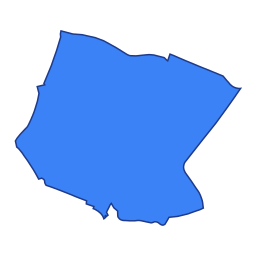 the district of Al Darb al-Ahmar, Al Qahirah, Egypt
{"feature_id": "37247803B66957331642315", "entity_name": "Al Darb al-Ahmar", "entity_type": "district", "adm_level": 2, "iso_a3": "EGY", "parent_name": "Egypt", "parent_adm1": "Al Qahirah", "projection": "natural_earth1", "projection_center": [31.261, 30.041], "detail": "fine", "context": "isolated", "style": "filled", "palette": "blue", "viewbox_px": 256, "rotation_deg": 0, "n_neighbors": 0, "source": "geoboundaries", "source_scale": "gbopen_adm2", "svg_char_len": 2756}
<svg xmlns="http://www.w3.org/2000/svg" viewBox="0 0 256 256"><path d="M15.4,141.0L16.2,144.5L16.7,147.0L17.8,147.9L18.0,148.1L18.6,148.6L22.0,152.7L24.3,156.1L27.6,160.7L30.1,164.6L33.2,169.4L35.4,173.1L38.7,179.1L41.0,178.4L41.7,178.1L42.8,178.8L43.7,179.3L44.5,180.5L44.6,181.2L44.7,182.1L44.8,182.7L45.2,183.8L45.7,184.6L46.1,185.3L48.9,186.2L52.6,187.5L61.8,191.0L68.4,193.6L71.4,194.8L75.4,196.5L80.0,198.3L86.6,200.8L86.4,202.4L86.3,203.9L90.3,205.3L93.9,206.5L93.5,207.7L93.2,208.6L95.0,209.3L98.1,211.2L100.8,213.5L102.3,215.4L103.0,216.6L103.9,218.8L105.5,217.5L105.0,216.3L105.0,216.2L105.7,215.6L105.9,216.0L106.2,216.6L108.0,215.2L106.5,212.2L109.2,206.8L110.2,204.7L111.3,203.4L113.8,207.7L114.5,208.4L115.3,209.0L117.6,211.0L117.7,214.3L117.8,216.0L118.0,217.0L119.4,218.8L120.1,219.3L120.9,219.8L122.8,220.4L123.9,220.5L124.9,220.5L129.9,220.8L130.7,220.8L131.5,220.8L132.5,220.8L133.3,220.8L134.0,220.8L134.7,220.8L136.3,220.6L137.5,220.5L138.6,220.4L141.1,220.7L148.0,222.2L150.9,222.8L151.9,222.8L152.4,222.6L153.0,222.4L154.8,221.7L156.9,222.0L158.4,222.7L159.2,223.4L160.7,224.5L162.2,225.1L163.6,225.0L164.9,224.3L167.1,220.7L169.0,217.3L177.6,216.4L182.1,215.3L187.9,213.9L194.8,211.4L199.9,209.7L203.3,208.1L203.2,207.8L203.2,207.4L202.6,202.5L202.5,201.8L202.3,201.2L202.2,200.5L202.0,199.9L201.8,199.3L201.6,198.7L201.4,198.1L201.2,197.5L200.9,196.8L200.7,196.2L200.5,195.6L200.2,195.0L199.9,194.4L199.7,193.9L199.4,193.3L199.1,192.7L198.8,192.2L198.4,191.5L196.2,188.4L191.3,181.1L185.6,173.1L184.8,171.7L184.5,171.0L184.2,170.3L183.9,169.6L183.8,168.8L183.6,168.1L183.6,167.5L183.6,166.9L183.6,166.1L183.8,165.4L183.9,164.6L184.1,164.0L184.4,163.3L184.7,162.6L185.1,162.0L188.4,157.8L202.4,140.0L215.8,123.2L226.1,109.1L235.1,96.4L235.9,95.2L236.7,94.0L240.6,88.4L239.4,88.5L238.7,88.4L238.0,88.4L237.3,88.2L236.6,88.1L235.9,87.9L235.2,87.7L234.5,87.4L233.9,87.1L233.2,86.8L232.6,86.4L232.0,86.0L231.4,85.5L230.9,85.0L230.3,84.6L229.8,84.0L229.4,83.5L228.1,82.0L227.5,81.3L226.8,80.6L223.1,76.1L210.2,70.8L200.0,66.7L185.8,60.8L178.8,57.8L173.8,55.6L170.0,54.1L167.7,60.8L166.7,60.1L166.2,59.6L165.9,59.3L164.9,58.3L164.1,57.6L162.9,57.3L153.8,55.0L149.2,54.6L144.5,55.0L136.0,55.9L130.5,55.7L129.8,55.6L129.1,55.4L127.3,54.6L126.3,54.0L125.3,53.4L116.5,47.9L109.9,44.2L103.7,40.8L95.4,37.7L82.1,34.7L72.8,34.0L61.0,30.9L60.4,33.9L60.5,35.3L60.6,35.6L60.6,37.3L56.5,50.8L53.6,59.0L51.3,65.7L43.9,83.5L44.3,84.1L44.7,84.8L37.2,86.6L39.0,93.5L38.8,94.2L38.7,94.9L38.0,98.5L37.7,99.9L37.4,101.3L35.6,107.2L34.3,111.3L32.6,115.7L31.6,117.9L31.2,119.0L30.7,120.1L29.0,123.7L27.9,125.9L27.0,127.2L25.2,129.0L23.4,130.9L22.6,131.8L21.7,132.7L19.9,134.7L17.1,138.2L15.4,141.0Z" fill="#3b82f6" stroke="#1e3a8a" stroke-width="1.5"/></svg>